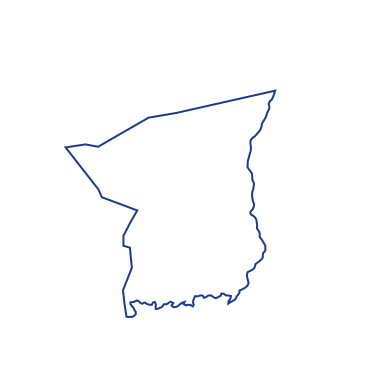 São João da Serra, Piauí, Brazil (Albers equal-area conic projection), rotated 143°
{"feature_id": "56859067B35115025171603", "entity_name": "São João da Serra", "entity_type": "district", "adm_level": 2, "iso_a3": "BRA", "parent_name": "Brazil", "parent_adm1": "Piauí", "projection": "albers", "projection_center": [-41.863, -5.546], "detail": "fine", "context": "isolated", "style": "outline", "palette": "blue", "viewbox_px": 384, "rotation_deg": 143, "n_neighbors": 0, "source": "geoboundaries", "source_scale": "gbopen_adm2", "svg_char_len": 2200}
<svg xmlns="http://www.w3.org/2000/svg" viewBox="0 0 384 384"><g transform="rotate(143 192 192)"><path d="M64.6,222.9L139.5,256.7L157.2,264.7L181.9,277.5L222.2,282.5L239.7,284.6L243.3,288.5L248.4,294.1L266.1,303.7L265.2,250.5L267.1,242.0L252.6,219.3L246.8,210.2L259.4,204.9L270.9,199.3L273.1,198.3L279.1,190.3L275.1,184.9L285.6,167.7L306.3,155.0L313.1,143.5L319.4,131.8L317.8,130.4L316.3,129.2L314.8,128.2L313.0,128.0L310.5,128.2L309.0,130.3L309.0,132.4L308.5,134.0L308.6,136.7L308.6,139.6L307.6,140.9L304.6,139.2L301.1,138.5L300.1,136.5L300.0,134.5L299.1,132.8L296.2,132.2L295.5,130.0L294.2,127.9L292.1,126.1L289.6,127.3L287.9,126.6L288.4,124.0L289.8,122.7L291.3,120.4L289.2,119.1L287.6,118.9L285.7,118.3L283.6,118.7L281.7,119.2L280.0,117.7L277.2,117.5L275.0,117.1L273.8,114.6L276.6,113.7L276.1,111.3L274.7,110.2L272.9,109.4L270.7,109.5L268.6,109.6L266.4,109.4L264.1,108.7L266.2,107.5L265.2,105.2L263.5,104.6L261.4,103.0L260.1,100.1L258.4,101.0L257.9,102.8L256.1,104.8L253.8,106.1L252.0,106.9L250.6,105.4L248.9,104.8L247.3,104.2L245.8,102.7L246.1,100.3L243.8,99.6L241.4,99.5L239.1,98.1L238.3,95.8L237.6,93.5L235.9,92.5L233.7,92.3L231.6,91.8L229.8,93.2L227.8,91.7L227.2,89.1L225.6,87.8L223.5,85.5L225.4,83.8L228.7,82.6L230.2,81.0L227.5,80.9L224.2,80.4L221.6,80.3L219.3,81.7L217.3,82.2L214.7,83.0L213.5,84.7L210.5,84.1L207.5,83.6L204.5,83.7L201.7,85.1L199.8,89.4L198.3,92.6L195.9,94.5L192.0,93.8L189.1,93.5L187.1,94.3L184.6,96.2L179.9,96.2L175.9,96.6L174.2,97.8L173.1,99.4L171.6,100.5L168.8,101.0L165.8,104.9L164.9,112.2L165.1,115.2L163.0,118.0L162.3,119.6L162.1,121.9L162.0,124.0L159.8,126.5L157.5,130.8L156.9,132.8L157.3,135.8L158.4,138.4L158.0,140.3L156.5,141.3L154.2,141.6L151.1,143.3L149.8,144.9L148.5,148.8L146.5,152.6L143.5,156.1L141.8,157.0L138.2,160.6L137.1,162.1L136.7,164.6L135.9,166.3L133.0,170.5L132.8,178.3L130.2,181.5L128.8,183.1L125.5,185.6L122.8,187.8L120.5,189.4L118.4,191.7L115.8,196.1L114.3,197.9L112.5,198.4L110.6,198.8L108.0,198.7L105.1,199.3L102.1,199.9L99.2,201.0L97.2,202.3L95.1,204.5L91.7,205.8L89.0,206.9L86.4,208.4L84.2,210.1L81.1,211.5L79.7,212.5L78.7,213.8L77.8,216.2L74.9,217.8L72.7,217.8L69.6,219.4L64.6,222.9Z" fill="none" stroke="#1e3a8a" stroke-width="2"/></g></svg>